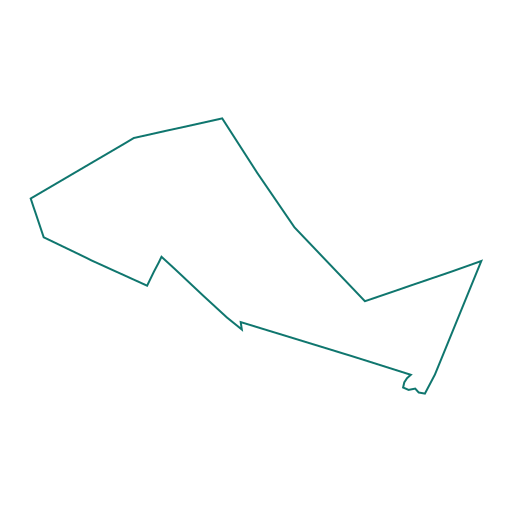 Olho d'Água das Flores, Alagoas, Brazil (Albers equal-area conic projection)
{"feature_id": "56859067B45898095484445", "entity_name": "Olho d'Água das Flores", "entity_type": "district", "adm_level": 2, "iso_a3": "BRA", "parent_name": "Brazil", "parent_adm1": "Alagoas", "projection": "albers", "projection_center": [-37.25, -9.536], "detail": "fine", "context": "isolated", "style": "outline", "palette": "teal", "viewbox_px": 512, "rotation_deg": 0, "n_neighbors": 0, "source": "geoboundaries", "source_scale": "gbopen_adm2", "svg_char_len": 635}
<svg xmlns="http://www.w3.org/2000/svg" viewBox="0 0 512 512"><path d="M43.7,237.3L86.7,258.0L91.4,260.4L147.1,285.7L150.3,279.1L153.9,271.7L158.8,262.4L161.5,256.8L174.5,268.7L202.9,295.4L226.8,317.4L241.8,329.5L240.7,322.1L341.9,353.1L350.8,355.8L410.8,374.8L407.0,378.2L404.3,382.3L403.1,387.5L408.6,389.9L415.2,388.6L418.7,392.5L424.9,393.6L434.9,374.6L441.7,358.0L481.3,261.0L452.1,271.4L411.6,285.2L390.2,292.6L379.9,296.1L364.9,301.2L294.5,227.4L257.3,173.0L222.2,118.4L183.5,127.0L166.0,130.8L133.8,138.0L126.5,142.4L94.2,161.3L30.7,198.5L33.5,207.0L35.6,213.1L43.7,237.3Z" fill="none" stroke="#0f766e" stroke-width="2"/></svg>